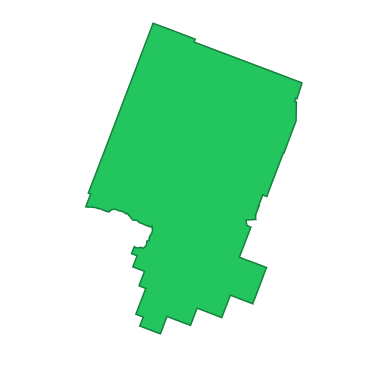 Three Springs, Western Australia, Australia (orthographic projection), rotated 111°
{"feature_id": "25037944B87416382826718", "entity_name": "Three Springs", "entity_type": "district", "adm_level": 2, "iso_a3": "AUS", "parent_name": "Australia", "parent_adm1": "Western Australia", "projection": "orthographic", "projection_center": [115.749, -29.514], "detail": "fine", "context": "isolated", "style": "filled", "palette": "green", "viewbox_px": 384, "rotation_deg": 111, "n_neighbors": 0, "source": "geoboundaries", "source_scale": "gbopen_adm2", "svg_char_len": 4971}
<svg xmlns="http://www.w3.org/2000/svg" viewBox="0 0 384 384"><g transform="rotate(111 192 192)"><path d="M335.8,192.8L335.8,185.5L335.8,181.4L335.8,173.0L335.7,170.7L331.2,170.6L326.5,170.7L324.2,170.7L317.1,170.7L317.2,161.6L317.1,158.9L317.2,154.4L317.1,151.4L317.1,145.6L303.2,145.6L298.6,145.6L298.6,141.7L298.6,119.2L274.5,119.2L274.6,117.4L274.6,111.8L274.6,111.5L274.6,95.2L274.4,95.3L274.2,95.3L269.6,95.3L269.4,95.2L244.3,95.3L244.2,95.4L237.7,95.4L236.7,95.4L235.8,95.3L235.8,99.5L235.9,115.1L236.0,115.2L236.0,121.1L235.9,121.1L235.9,124.4L234.3,124.4L228.9,124.4L224.4,124.4L219.4,124.4L216.7,124.4L214.6,124.4L213.7,124.4L208.1,124.4L205.7,124.4L203.7,124.4L203.6,127.6L203.6,128.7L198.9,131.6L198.4,130.5L196.5,126.4L194.8,122.6L194.5,122.9L190.9,124.1L190.9,124.4L181.1,124.4L181.5,124.9L169.4,124.9L169.4,120.5L165.9,120.6L165.7,120.6L152.6,120.7L152.4,120.7L152.0,120.7L138.1,120.7L137.8,120.7L122.5,120.7L122.5,120.1L112.1,120.2L88.4,120.3L70.5,126.8L70.5,128.8L67.5,128.8L67.5,127.4L50.7,128.4L51.3,243.7L50.5,243.8L48.2,243.7L48.2,267.3L48.4,288.8L50.4,288.8L51.0,288.8L109.7,288.6L132.0,288.6L145.6,288.5L179.7,288.4L230.2,288.4L230.2,285.9L236.3,285.9L243.9,285.9L243.7,285.3L243.7,285.1L243.6,284.8L243.6,284.6L243.5,284.2L243.4,283.7L243.3,283.4L243.2,283.4L243.1,283.2L243.0,282.8L242.9,282.5L242.8,282.4L242.6,282.1L242.5,281.8L242.5,281.6L242.4,281.3L242.4,281.1L242.3,280.9L242.2,280.8L242.2,280.6L242.0,280.2L242.0,279.7L241.9,279.6L241.9,279.4L241.8,279.2L241.7,278.9L241.6,278.6L241.6,278.4L241.6,278.2L241.5,277.9L241.5,277.7L241.4,277.3L241.3,277.0L241.2,276.8L241.2,276.7L241.1,276.4L241.1,276.1L241.0,275.8L241.1,275.5L241.1,275.4L241.1,275.2L241.1,274.9L241.1,274.4L241.1,273.9L241.1,273.7L241.0,273.4L240.9,273.2L240.8,272.7L240.7,272.3L240.6,271.9L240.6,271.5L240.6,271.4L240.6,271.0L240.6,270.6L240.7,270.2L240.8,270.0L240.8,269.8L240.8,269.6L240.7,269.2L240.7,268.9L240.8,268.6L240.7,268.3L240.7,268.1L240.7,267.8L240.7,267.7L240.7,267.4L240.7,266.9L240.7,266.7L240.7,266.4L240.8,266.2L240.9,265.9L240.8,265.6L240.8,265.4L240.7,264.9L240.6,264.7L240.5,264.4L240.5,264.2L240.4,264.2L240.3,263.8L240.3,263.7L240.3,263.4L240.4,263.2L240.5,262.9L240.5,262.6L240.5,262.4L240.4,262.3L240.2,262.2L239.6,262.0L239.5,261.9L239.1,261.8L238.9,261.7L238.4,261.5L238.1,261.3L237.9,261.2L237.7,261.1L237.5,260.8L237.4,260.7L237.2,260.5L237.0,260.1L236.9,260.0L236.8,259.9L236.7,259.7L236.5,259.4L236.3,259.1L236.0,258.4L235.9,258.1L235.8,257.7L235.6,257.0L235.6,256.7L235.5,256.2L235.6,255.9L235.6,255.6L235.6,255.2L235.6,254.7L235.7,254.4L235.8,254.0L235.7,253.7L235.6,253.4L235.6,253.1L235.6,252.9L235.6,252.7L235.6,252.4L235.5,252.2L235.3,251.6L235.3,251.4L235.3,251.1L235.3,250.8L235.3,250.6L235.1,250.1L235.1,249.7L235.1,249.4L235.4,247.9L235.5,247.6L235.7,246.9L236.0,246.0L236.0,245.7L235.8,245.3L235.3,245.1L235.2,244.9L235.2,244.6L235.2,244.3L235.3,244.1L235.4,243.9L235.6,243.8L236.0,243.4L236.3,243.1L236.5,242.8L236.7,242.1L236.8,241.9L237.0,241.5L237.1,241.3L237.1,241.2L237.3,240.8L237.6,240.4L237.8,240.2L238.1,239.7L238.4,239.2L238.5,239.1L238.6,238.9L238.7,238.7L239.0,238.0L239.2,237.7L239.3,237.4L239.3,237.2L239.3,236.9L239.3,236.6L239.2,236.4L239.1,236.1L239.0,235.9L238.9,235.7L238.8,235.3L238.6,234.8L238.5,234.5L238.4,234.4L238.4,234.2L238.3,233.9L238.3,233.7L238.3,233.3L238.3,232.9L238.4,232.7L238.5,232.5L238.8,231.8L238.9,231.7L239.0,231.4L239.1,231.2L239.2,230.9L239.3,230.7L239.3,230.4L239.4,230.2L239.4,229.9L239.4,229.7L239.4,229.1L239.4,228.8L239.4,228.7L239.4,228.4L239.4,227.9L239.4,227.6L239.4,227.3L239.4,227.0L239.4,226.6L239.4,226.4L239.4,226.1L239.4,225.9L239.4,225.5L239.5,225.2L239.6,224.5L239.6,224.4L239.6,224.2L239.6,223.8L239.6,223.6L239.5,223.1L239.6,222.8L239.6,222.4L239.6,222.1L239.6,221.8L239.6,221.7L239.6,221.4L239.7,221.2L239.7,220.9L239.7,220.7L239.7,220.4L239.6,220.0L239.5,219.9L239.5,219.6L239.5,219.3L239.5,219.2L239.4,219.1L239.4,218.6L239.4,218.3L239.4,218.2L239.2,218.0L239.1,217.9L238.5,217.4L238.3,217.2L238.1,217.1L238.1,216.9L238.3,216.8L238.7,216.8L239.7,216.6L240.4,215.9L241.7,215.3L242.5,215.1L243.5,214.9L245.4,215.0L248.1,215.6L249.5,215.3L250.1,215.4L250.5,215.6L251.4,215.2L251.9,214.8L252.4,214.5L252.8,215.1L253.2,215.8L253.3,216.0L253.5,216.1L253.8,216.3L254.0,216.5L254.5,216.5L254.7,216.4L255.0,216.3L256.7,215.8L257.4,215.7L257.7,215.6L258.1,215.7L258.3,215.7L258.6,215.8L258.8,215.9L260.0,216.3L260.4,216.5L260.7,216.6L261.2,217.0L261.7,217.2L261.9,217.3L262.0,217.5L262.2,217.9L262.2,218.1L262.1,218.4L262.0,218.7L261.9,218.9L261.8,219.1L261.8,219.4L261.8,219.6L261.9,219.9L262.0,220.1L263.1,221.5L263.3,221.8L263.5,222.1L263.5,222.3L263.6,222.6L263.9,223.7L264.0,224.1L264.0,224.3L264.0,224.5L263.9,224.7L263.8,225.6L263.7,226.3L270.3,226.3L271.2,226.4L271.2,220.4L283.1,220.4L283.1,207.9L298.1,207.9L298.6,207.5L298.6,200.6L326.2,200.6L326.2,192.7L328.2,192.7L329.6,192.7L333.1,192.7L335.8,192.8Z" fill="#22c55e" stroke="#15803d" stroke-width="1.5"/></g></svg>